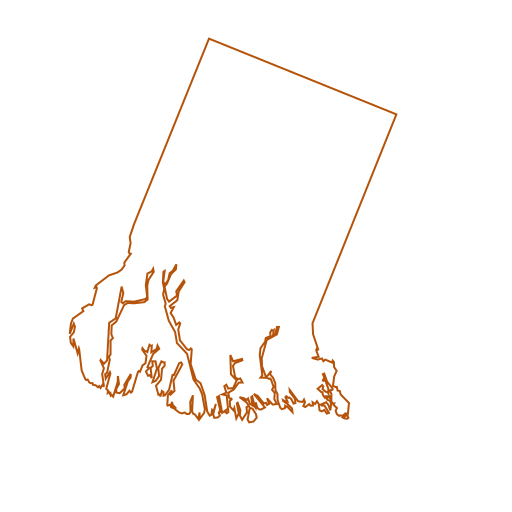 the border of Qeqqata Kommunia, rotated 292°
{"feature_id": "GRL-2741", "entity_name": "Qeqqata Kommunia", "entity_type": "state/province", "adm_level": 1, "iso_a3": "GRL", "parent_name": "Greenland", "parent_adm1": "", "projection": "mercator", "projection_center": [-52.028, 66.171], "detail": "fine", "context": "isolated", "style": "outline", "palette": "amber", "viewbox_px": 512, "rotation_deg": 292, "n_neighbors": 0, "source": "natural_earth", "source_scale": "10m", "svg_char_len": 6064}
<svg xmlns="http://www.w3.org/2000/svg" viewBox="0 0 512 512"><g transform="rotate(292 256 256)"><path d="M143.8,400.4L143.7,398.9L140.6,402.3L139.4,401.7L138.6,399.2L138.7,397.0L141.2,398.9L143.0,397.7L140.1,395.9L139.7,393.5L138.9,393.0L139.7,390.1L142.5,387.8L145.4,388.0L147.0,383.7L148.5,383.8L148.0,383.0L149.3,380.4L156.3,377.6L159.1,374.7L160.5,377.0L161.9,376.6L166.1,369.0L172.5,363.3L171.5,362.3L168.6,365.1L165.9,364.5L165.5,365.2L167.2,366.3L160.0,372.8L155.6,374.7L156.6,373.1L156.2,371.5L157.6,367.5L160.2,367.3L161.1,365.7L156.0,362.9L154.3,367.4L154.6,368.7L152.3,369.9L150.5,372.8L152.0,373.0L153.6,377.0L152.0,377.6L152.5,376.4L150.6,374.6L149.4,376.0L149.5,378.8L146.8,381.2L140.7,382.7L144.9,379.1L146.7,375.8L142.5,371.8L141.9,372.8L143.0,375.5L137.9,382.4L136.4,380.7L138.9,377.0L136.7,375.3L136.6,372.8L142.3,369.6L144.2,366.9L140.9,366.3L141.6,363.3L138.7,364.8L137.6,362.7L138.6,360.8L134.4,358.3L134.6,356.1L138.9,356.2L140.9,354.3L138.1,353.9L137.1,349.5L144.5,337.4L142.5,338.4L138.2,345.6L134.4,347.6L133.2,346.1L136.4,342.5L137.3,340.2L136.6,339.2L137.4,336.7L136.1,336.2L132.8,339.8L132.2,337.6L132.5,335.0L131.7,335.6L130.6,340.7L128.2,346.4L124.9,348.3L128.2,341.0L127.5,340.4L128.0,339.2L125.7,339.8L123.7,337.4L124.4,335.3L130.5,330.0L136.1,327.6L139.0,324.2L145.3,321.5L149.6,317.3L151.6,313.4L155.1,313.1L149.0,311.5L148.2,310.0L156.1,302.8L163.4,299.6L182.2,297.4L191.1,304.7L198.8,303.8L198.1,302.0L189.9,303.3L189.2,301.4L194.0,300.2L193.0,299.6L193.3,298.3L190.1,297.8L187.4,299.6L183.6,295.8L180.0,296.6L172.2,294.7L165.3,296.7L147.7,306.6L144.9,305.7L147.1,311.7L147.0,314.2L147.7,314.8L147.2,316.1L141.3,321.3L138.0,321.0L136.0,324.7L130.2,326.6L126.5,330.7L124.5,327.1L128.2,319.5L123.9,323.6L122.0,322.0L123.7,320.4L122.2,318.5L126.9,310.0L127.3,305.7L118.9,321.0L115.4,318.0L115.1,316.5L115.6,314.2L120.2,310.6L115.1,312.5L116.0,311.1L124.5,305.1L123.5,304.4L116.1,308.7L116.7,305.7L120.9,302.0L119.1,301.4L119.6,298.4L119.0,293.6L116.7,302.1L114.2,305.7L112.3,303.8L107.7,306.2L98.9,304.5L102.2,300.7L107.1,299.3L113.1,294.0L112.2,293.4L103.6,299.0L98.0,298.6L107.0,292.8L104.5,292.8L106.5,288.5L111.8,286.0L113.9,287.1L114.6,286.6L113.9,285.4L114.6,284.0L119.0,281.6L123.7,285.3L132.2,287.5L133.6,290.9L136.6,287.2L135.0,285.6L135.9,282.0L145.5,275.8L148.8,276.6L154.2,282.4L155.3,281.6L149.8,274.2L154.6,269.3L136.9,277.1L133.4,284.7L124.9,284.3L122.7,279.9L125.5,276.7L123.4,275.4L118.2,279.7L115.0,276.6L115.8,281.0L101.0,288.8L99.2,287.8L99.7,286.1L102.5,286.2L97.9,283.4L112.3,274.2L110.6,272.8L98.2,281.6L98.4,280.4L96.7,280.2L94.5,282.3L92.0,281.1L90.3,277.9L93.4,275.5L103.8,274.2L96.1,274.8L96.9,272.9L92.0,274.1L90.6,272.9L93.6,269.0L107.8,260.5L117.3,252.2L118.8,246.5L131.3,235.9L145.4,231.4L145.9,230.2L143.7,229.1L143.7,227.0L149.3,217.1L158.8,211.4L165.1,211.0L165.7,209.8L162.2,207.8L168.0,202.7L171.1,198.2L177.8,198.9L176.0,196.4L177.2,194.8L185.5,199.6L194.3,197.6L205.0,199.6L206.2,198.2L193.4,195.3L189.7,197.6L181.1,192.5L182.9,189.6L193.3,182.7L197.1,183.8L207.4,184.0L213.6,186.7L218.5,185.3L211.1,184.4L207.7,182.4L200.7,183.6L195.0,182.2L197.8,179.5L207.9,176.9L206.7,176.1L196.5,179.6L191.0,183.3L185.4,184.3L178.0,190.1L175.1,190.4L163.3,199.4L155.2,209.5L145.7,215.3L139.5,228.7L118.1,244.3L112.0,253.5L107.5,257.9L94.7,266.0L91.1,266.7L83.7,264.8L89.8,262.3L83.3,263.5L86.2,258.7L86.3,256.7L88.2,254.9L103.2,249.7L96.1,249.7L86.9,253.7L84.6,253.2L83.5,251.0L84.2,248.5L82.3,246.3L82.1,243.4L83.5,238.4L85.0,238.4L86.8,234.4L89.3,232.7L86.8,233.3L84.0,237.9L84.0,234.0L86.0,232.1L84.2,230.2L84.7,229.5L94.1,226.4L99.9,228.3L94.6,228.3L100.3,231.0L109.5,226.2L127.8,228.3L129.3,226.4L127.7,224.9L114.9,224.5L114.4,223.2L99.4,225.5L92.6,223.7L91.8,222.5L95.1,221.3L95.6,219.3L89.8,220.0L91.8,218.7L90.8,217.5L98.2,211.9L105.7,214.3L116.4,211.1L120.0,212.4L123.2,211.1L122.6,209.7L122.9,207.8L115.5,207.4L108.3,211.1L102.7,209.8L100.2,207.3L114.5,206.3L120.7,202.3L119.5,199.3L115.4,201.5L112.8,200.2L103.8,205.0L105.7,202.1L104.5,200.8L107.7,197.2L112.3,199.0L112.3,197.0L126.6,197.3L133.7,201.0L136.1,198.2L132.5,198.7L127.5,195.0L133.8,193.0L133.3,192.5L133.8,190.5L126.2,191.2L126.6,189.7L126.0,188.7L128.0,185.3L126.6,185.5L122.4,191.9L115.1,193.7L112.1,191.8L105.2,191.8L105.5,190.5L104.2,190.0L83.8,191.9L82.5,191.2L83.7,189.2L79.2,187.7L77.2,185.1L92.1,184.1L96.1,185.3L99.7,184.1L87.1,182.2L84.3,183.9L77.7,181.0L77.1,177.5L80.5,176.2L86.0,176.9L93.0,172.9L87.3,175.0L72.1,176.2L73.1,174.3L72.1,173.7L74.4,172.3L73.6,171.8L74.9,170.4L73.6,169.8L75.9,169.1L76.7,166.9L92.5,165.0L93.6,164.0L86.0,162.6L89.9,160.4L92.2,161.6L105.0,159.3L107.5,157.4L110.3,158.0L123.2,152.8L126.2,154.1L129.2,151.2L137.6,148.2L142.8,151.0L161.1,152.1L164.5,154.8L166.4,160.5L171.3,169.6L175.0,171.8L187.9,166.2L193.7,165.3L203.0,167.1L205.7,165.4L202.5,165.0L199.1,161.9L187.8,164.7L177.4,170.4L174.8,169.8L168.0,160.1L165.3,152.1L162.3,150.2L162.9,148.3L171.8,146.9L177.3,142.9L145.6,149.3L139.1,144.9L103.5,157.0L99.2,155.4L101.4,150.9L100.8,150.9L95.0,157.0L88.9,157.6L77.9,164.0L79.2,161.9L75.4,161.3L76.7,159.3L75.1,158.7L76.1,155.8L75.5,153.2L76.9,152.1L76.1,150.3L76.4,148.7L78.4,146.2L77.4,144.9L78.0,143.7L84.6,137.2L103.1,127.1L104.0,126.4L98.9,127.1L111.1,117.7L103.8,120.4L106.0,116.9L111.4,113.9L117.1,115.7L122.6,114.6L125.0,112.4L114.1,112.4L124.2,109.7L129.5,109.7L140.2,116.6L142.3,114.4L148.7,119.4L148.7,121.8L149.6,122.7L166.6,120.5L167.5,119.7L166.2,118.4L168.7,118.5L182.9,126.9L188.8,133.7L192.9,136.4L197.8,137.7L200.6,136.4L211.2,139.0L211.0,137.7L212.0,136.5L221.0,134.9L226.3,131.8L240.1,131.0L439.9,131.0L439.9,333.1L214.8,333.6L204.9,338.2L192.0,349.2L193.0,347.1L191.2,347.1L186.0,351.8L182.4,345.9L183.1,352.1L185.7,355.5L183.7,357.9L185.9,359.1L185.7,366.6L187.7,366.3L186.9,367.9L182.3,370.0L179.7,373.8L173.6,373.6L164.5,376.0L164.3,378.8L164.9,379.9L161.8,382.1L162.2,384.3L159.4,386.3L154.5,397.3L143.8,400.4ZM101.3,309.4L112.9,307.1L113.1,310.0L109.4,315.2L106.4,317.2L101.6,315.7L99.2,312.0L101.3,309.4Z" fill="none" stroke="#b45309" stroke-width="2"/></g></svg>